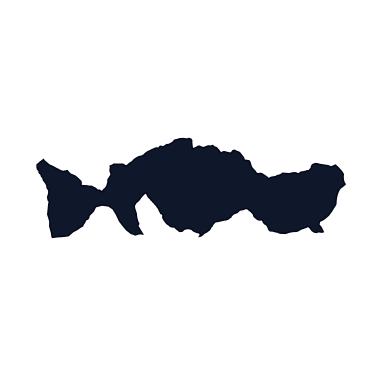 Dagala, Thimphu, Bhutan (orthographic projection), rotated 247°
{"feature_id": "84629894B90537236845167", "entity_name": "Dagala", "entity_type": "district", "adm_level": 2, "iso_a3": "BTN", "parent_name": "Bhutan", "parent_adm1": "Thimphu", "projection": "orthographic", "projection_center": [89.65, 27.288], "detail": "fine", "context": "isolated", "style": "filled", "palette": "ink", "viewbox_px": 384, "rotation_deg": 247, "n_neighbors": 0, "source": "geoboundaries", "source_scale": "gbopen_adm2", "svg_char_len": 6088}
<svg xmlns="http://www.w3.org/2000/svg" viewBox="0 0 384 384"><g transform="rotate(247 192 192)"><path d="M160.7,334.5L160.6,329.6L160.9,329.5L161.7,328.8L163.0,327.5L163.7,326.4L164.4,325.1L164.7,324.6L165.3,323.8L166.9,321.1L169.2,318.0L169.9,316.7L170.0,315.9L170.0,313.8L169.6,313.0L169.0,312.1L167.9,311.5L167.3,311.0L166.8,309.8L165.9,308.1L166.3,306.9L166.6,305.8L166.6,304.6L166.9,302.7L167.4,301.0L167.7,300.2L167.5,299.2L167.0,298.0L167.0,297.2L168.0,295.9L169.0,295.1L169.7,293.6L170.2,292.1L170.5,290.3L170.6,288.9L173.8,282.8L173.5,281.8L173.2,280.0L173.7,276.7L173.4,275.2L174.5,270.8L174.4,269.1L174.1,268.0L174.9,267.4L176.6,266.7L178.8,265.3L181.5,263.4L182.2,262.7L182.7,260.9L183.0,259.8L184.0,258.6L186.7,258.1L187.8,257.6L191.2,256.5L192.9,256.5L196.8,256.9L198.0,256.8L198.7,256.3L198.9,255.7L199.7,254.6L200.5,253.1L201.0,252.6L202.0,252.6L203.1,252.8L204.4,252.6L209.8,251.1L212.3,248.6L213.5,247.7L214.0,246.6L214.0,245.8L212.6,243.4L213.0,242.1L214.9,239.4L216.3,237.7L216.7,236.6L216.7,235.5L216.5,233.7L217.1,233.4L218.6,233.3L220.1,232.8L221.7,232.4L223.5,231.6L224.3,230.6L224.6,230.0L225.6,229.8L226.2,229.5L226.8,228.9L226.8,227.3L227.1,226.5L227.9,225.3L228.1,224.1L228.2,222.6L228.1,221.3L228.5,219.5L229.7,218.0L231.3,216.8L231.6,215.0L231.3,213.4L231.3,211.0L231.5,209.4L233.0,209.6L234.8,210.1L238.1,211.1L239.4,211.8L240.9,211.7L241.9,210.8L242.6,209.7L242.4,208.6L244.7,204.5L245.8,201.4L246.0,198.9L246.5,196.2L245.4,194.3L244.9,191.7L244.8,188.4L245.5,187.3L245.0,185.0L244.8,182.7L246.3,181.2L246.4,180.4L245.4,178.3L245.2,178.0L246.2,176.9L246.5,176.3L246.6,174.5L246.5,170.7L246.3,168.7L246.4,167.2L245.6,163.8L244.7,162.1L244.9,161.3L244.5,160.2L245.0,158.1L245.2,155.7L244.7,152.7L244.2,150.8L243.3,149.2L242.8,146.0L242.3,144.3L241.6,142.8L242.3,140.5L243.9,139.9L244.7,138.9L247.2,132.9L248.1,131.1L247.8,128.9L247.8,126.8L246.2,126.5L244.9,125.5L243.3,124.8L239.6,124.6L238.6,123.1L237.0,120.8L236.2,119.5L234.2,118.7L232.8,117.7L230.4,115.7L229.0,113.1L228.8,112.0L227.2,109.1L227.7,109.0L229.6,107.7L230.7,105.6L233.2,104.5L234.5,103.3L236.4,101.8L237.6,99.2L238.6,97.8L241.3,92.3L243.3,93.3L245.1,93.9L249.1,92.2L252.2,90.7L256.2,86.9L259.1,85.8L260.3,85.6L261.2,81.5L262.2,79.9L263.2,79.3L264.3,77.9L264.9,77.9L265.8,76.9L270.3,73.4L272.3,71.3L275.6,69.6L278.2,68.3L278.9,68.1L279.9,67.9L279.4,66.3L278.9,64.0L278.0,61.6L277.9,60.7L277.6,60.1L276.6,59.6L274.7,58.9L273.3,58.8L271.7,59.2L270.8,59.5L269.6,58.9L268.2,59.4L267.5,59.8L266.7,59.9L265.7,59.6L264.5,59.8L263.4,60.4L261.6,59.9L260.8,60.0L258.8,60.5L256.9,60.9L254.7,61.0L252.6,60.3L249.5,60.8L247.7,60.2L246.5,59.5L245.5,58.7L244.0,57.3L241.9,56.7L240.3,56.5L239.4,56.8L238.0,56.5L237.1,55.6L229.5,51.5L228.5,50.9L227.7,50.5L224.4,50.2L220.2,49.7L218.9,49.0L216.0,47.7L209.3,46.8L205.8,45.8L204.8,45.8L204.2,47.8L203.8,49.4L203.2,51.5L202.9,52.0L201.3,56.8L200.1,61.1L202.0,66.8L202.4,71.4L203.3,75.7L203.5,78.1L204.6,79.0L206.0,81.3L207.8,83.0L207.9,85.3L208.5,86.6L210.6,88.1L212.9,93.7L216.1,97.4L215.2,104.0L211.8,109.8L207.2,112.8L200.8,113.7L193.5,114.0L189.8,114.9L182.7,117.0L177.7,119.8L175.3,122.6L174.8,122.8L174.6,123.3L174.4,126.3L173.9,128.0L172.7,130.1L182.2,128.7L183.0,130.0L183.8,130.6L186.0,130.4L189.7,130.9L194.1,132.2L199.8,132.7L202.5,133.8L203.1,135.1L204.1,136.1L204.6,138.2L205.3,140.0L207.2,143.1L208.9,146.8L209.3,148.8L208.5,149.7L205.8,149.7L203.8,150.1L202.2,151.0L200.9,151.1L200.3,151.5L199.5,151.9L198.7,152.0L198.1,152.2L196.1,153.1L195.3,153.1L194.6,153.5L193.9,153.8L191.8,154.2L189.7,154.8L188.4,154.7L184.3,155.0L183.9,155.4L183.6,155.9L183.3,156.1L182.7,156.3L181.9,156.2L180.8,155.6L179.7,155.1L176.6,155.4L175.1,155.9L173.2,156.3L172.2,156.8L170.7,157.9L169.4,158.3L168.2,159.4L167.5,160.4L166.7,162.3L165.3,162.8L163.7,163.5L162.0,164.5L161.2,164.8L160.5,165.4L160.4,165.7L159.9,167.3L159.8,167.8L159.9,168.1L160.1,168.4L160.4,169.0L160.8,170.1L160.2,173.8L159.8,174.4L158.3,176.7L157.6,177.3L156.8,177.6L155.5,178.3L154.8,178.9L153.0,180.7L152.2,181.9L151.3,182.8L150.5,183.1L149.9,183.2L149.4,183.1L148.3,181.7L148.1,182.7L148.1,183.1L148.3,184.1L148.4,184.5L149.6,187.9L149.4,188.8L149.5,189.7L149.6,190.3L150.1,192.0L150.1,192.6L150.4,193.1L151.1,194.5L151.8,195.0L152.3,195.8L152.9,197.3L153.6,197.9L154.2,198.8L155.4,201.4L155.4,202.1L155.1,203.3L154.9,204.1L154.7,205.2L154.5,206.0L154.4,206.7L154.2,207.4L154.2,208.5L153.9,209.1L153.8,210.0L153.8,210.5L153.6,211.2L153.2,212.2L153.1,213.0L153.0,214.1L153.2,215.7L153.6,216.2L153.7,217.2L153.7,217.9L154.3,218.3L154.8,219.2L154.9,219.6L155.7,221.5L155.5,225.7L156.6,228.2L156.6,230.0L156.2,230.9L156.0,232.0L155.9,234.9L154.9,236.7L153.0,237.5L150.8,238.8L147.9,239.8L146.8,239.9L146.0,239.6L145.0,239.7L143.5,240.4L141.8,241.3L140.9,241.9L139.8,243.3L139.2,245.4L138.5,245.9L138.1,246.0L136.9,245.9L135.4,246.1L134.5,246.4L133.1,247.5L131.8,248.1L127.1,248.2L126.1,248.6L125.7,248.8L124.9,250.7L124.3,251.5L123.0,253.1L121.6,255.2L121.2,255.6L120.1,256.6L119.8,257.0L119.3,257.9L118.7,259.3L117.8,261.1L117.4,262.1L117.3,263.1L117.2,265.1L116.6,268.2L116.1,270.1L115.1,272.5L115.0,273.0L114.9,273.5L114.9,274.5L115.0,275.0L115.2,276.5L115.3,277.6L115.3,278.6L115.0,282.2L115.0,282.7L115.0,284.2L115.0,285.2L114.8,285.7L114.4,286.0L113.9,286.2L113.0,286.6L111.0,287.1L109.5,287.5L109.1,287.8L108.2,288.3L107.1,289.3L106.8,289.7L106.5,290.2L106.3,290.6L106.1,291.1L106.1,292.6L106.0,293.1L104.9,294.8L104.4,295.8L104.1,296.7L104.1,297.2L104.6,297.3L106.1,297.1L108.7,297.0L109.7,296.8L111.6,296.1L112.1,296.0L112.6,296.0L113.0,296.3L115.0,297.9L115.3,298.3L115.3,298.8L115.2,299.4L115.3,300.9L115.4,302.4L115.8,303.9L116.7,306.9L117.2,308.3L117.9,309.7L118.7,311.0L120.0,313.2L121.8,315.6L123.5,318.2L124.5,319.4L124.9,319.7L125.3,320.0L127.1,320.8L128.9,321.8L130.2,322.6L131.5,323.5L132.7,324.4L133.9,325.4L135.0,326.5L136.0,327.6L137.0,328.8L137.5,329.7L137.7,330.2L138.0,331.7L138.7,334.1L139.1,335.6L139.4,336.0L140.7,335.7L142.0,335.7L144.1,336.0L146.6,336.8L149.4,338.2L152.4,337.7L157.9,335.8L160.7,334.5Z" fill="#0f172a" stroke="#020617" stroke-width="1.5"/></g></svg>